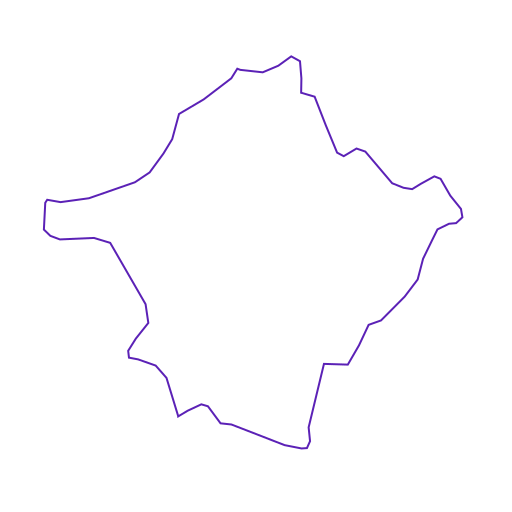 an SVG outline of Kosovo, rotated 85°
{"feature_id": "XKX", "entity_name": "Kosovo", "entity_type": "country or territory", "adm_level": 0, "iso_a3": "XKX", "parent_name": "Europe", "parent_adm1": "", "projection": "equal_earth", "projection_center": [20.84, 42.557], "detail": "fine", "context": "isolated", "style": "outline", "palette": "violet", "viewbox_px": 512, "rotation_deg": 85, "n_neighbors": 0, "source": "natural_earth", "source_scale": "50m", "svg_char_len": 1006}
<svg xmlns="http://www.w3.org/2000/svg" viewBox="0 0 512 512"><g transform="rotate(85 256 256)"><path d="M131.8,175.1L160.1,166.2L164.2,159.9L157.7,146.5L161.5,138.0L195.4,114.0L200.9,103.1L203.0,94.6L198.5,85.6L192.2,71.4L195.2,65.4L212.8,57.2L227.0,47.7L235.4,47.0L240.7,53.8L240.7,60.9L245.3,72.9L255.8,79.3L273.3,89.8L293.5,97.0L309.4,111.4L331.1,137.1L334.4,149.8L354.0,161.2L372.2,174.0L369.4,197.7L431.3,218.5L445.2,218.3L451.8,222.0L451.7,227.4L446.9,244.0L421.7,295.2L419.6,305.9L401.5,317.0L399.0,323.4L404.2,337.6L409.0,347.5L408.6,347.5L369.6,355.8L356.4,365.5L348.7,382.5L346.2,391.4L339.3,391.6L327.8,382.9L313.3,369.1L294.4,370.2L230.2,400.1L223.9,415.8L222.4,449.9L218.0,459.1L211.2,465.0L184.6,461.3L181.8,459.1L185.3,446.0L183.9,417.4L172.0,370.2L163.5,354.7L145.9,339.3L132.3,329.3L107.8,320.3L95.4,294.4L76.8,265.1L67.8,258.3L69.2,255.4L73.6,233.3L68.4,217.2L60.2,203.5L65.8,195.2L83.0,195.3L97.3,196.8L102.4,183.7L131.8,175.1Z" fill="none" stroke="#5b21b6" stroke-width="2"/></g></svg>